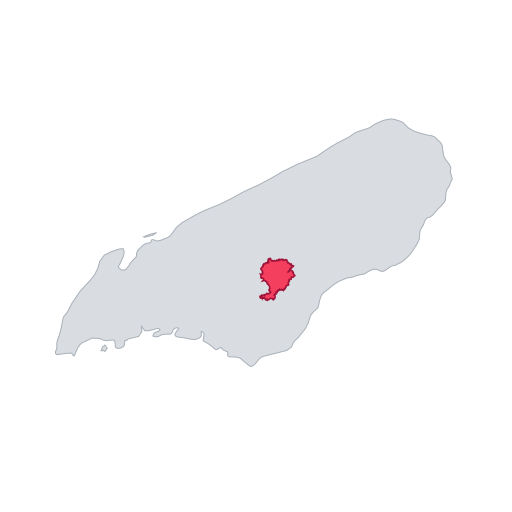 Tsiroanomandidy, Bongolava, Madagascar shown in context, rotated 225°
{"feature_id": "10022922B70813515121555", "entity_name": "Tsiroanomandidy", "entity_type": "district", "adm_level": 2, "iso_a3": "MDG", "parent_name": "Madagascar", "parent_adm1": "Bongolava", "projection": "albers", "projection_center": [45.919, -18.728], "detail": "fine", "context": "in_parent", "style": "filled", "palette": "rose", "viewbox_px": 512, "rotation_deg": 225, "n_neighbors": 0, "source": "geoboundaries", "source_scale": "gbopen_adm2", "svg_char_len": 8889}
<svg xmlns="http://www.w3.org/2000/svg" viewBox="0 0 512 512"><g transform="rotate(225 256 256)"><path d="M337.1,56.5L338.5,59.7L340.1,62.9L345.0,70.6L347.2,73.6L349.0,76.7L349.7,82.9L352.8,92.6L355.5,107.1L356.1,122.0L356.9,128.8L359.1,135.3L362.8,142.0L363.9,149.4L361.3,157.0L357.7,164.1L356.8,165.4L355.1,167.2L354.4,167.1L351.7,165.2L349.6,162.1L346.9,154.9L345.9,151.3L344.8,150.7L341.4,150.9L339.0,153.1L338.5,154.5L338.9,158.6L339.8,162.2L340.1,165.9L340.1,170.6L340.9,172.0L342.2,173.2L343.5,176.2L343.6,183.5L342.7,187.1L340.3,190.2L340.4,191.9L341.2,193.7L340.4,194.8L337.3,196.1L336.0,197.3L334.2,200.4L331.4,206.9L331.0,210.2L332.5,220.4L331.8,227.5L328.1,241.2L326.1,247.7L323.1,255.4L318.7,265.6L314.3,278.4L310.5,291.6L307.7,299.6L304.6,307.4L300.4,321.2L296.7,335.2L291.4,350.6L284.2,367.8L283.4,370.0L281.8,378.8L280.2,386.5L278.2,394.0L274.2,406.5L273.7,410.3L272.8,414.0L269.0,421.8L267.4,424.7L266.2,427.8L265.6,431.7L264.4,435.5L261.6,442.4L257.5,448.4L254.7,450.5L248.7,453.6L245.7,454.3L238.9,454.3L232.4,456.1L225.6,459.6L219.1,463.5L216.6,465.4L213.9,466.5L205.2,466.7L202.7,465.9L194.0,459.4L190.6,458.4L184.3,457.5L182.4,457.0L180.6,456.2L178.0,452.8L172.9,450.0L171.7,449.1L170.9,447.1L170.3,445.0L169.0,442.6L168.0,438.0L166.3,434.9L161.5,429.3L160.9,427.5L160.5,421.5L160.6,417.5L160.0,410.0L160.5,406.6L162.2,403.4L161.4,400.0L159.6,396.4L158.9,392.7L157.6,389.4L152.5,383.4L151.3,380.4L150.4,377.3L148.4,367.7L148.1,364.4L148.3,357.2L149.0,353.6L150.1,351.0L150.4,349.1L151.2,347.5L152.3,346.1L153.1,344.6L154.9,335.4L157.2,333.4L160.7,332.2L163.5,329.8L165.1,326.5L166.7,319.9L171.1,313.3L172.6,309.8L176.2,304.6L179.3,297.2L180.2,293.7L180.9,290.2L181.6,282.4L182.2,278.5L182.1,274.7L180.2,270.7L175.8,263.6L175.6,262.3L175.9,257.0L175.5,253.1L173.8,249.3L171.7,245.7L169.6,239.0L168.5,227.9L168.7,223.8L168.0,220.3L166.5,216.9L167.5,210.9L180.5,189.1L181.0,186.6L180.4,180.0L180.6,176.2L181.1,174.8L182.1,173.9L184.3,173.5L195.1,172.5L196.5,171.8L199.2,170.0L202.9,166.4L204.6,165.4L206.0,165.8L207.0,167.3L208.2,168.1L212.5,166.5L214.2,166.4L215.9,166.7L216.7,165.2L217.2,163.3L217.8,161.9L219.0,161.1L224.6,160.7L228.2,160.1L232.8,158.7L233.8,159.0L237.5,164.0L238.6,164.4L240.1,164.6L241.4,163.7L238.3,161.1L237.9,159.6L238.1,158.0L239.7,154.4L242.4,151.7L248.5,147.6L254.8,142.9L256.6,142.5L258.2,143.3L259.3,148.9L259.2,149.9L260.2,150.0L261.3,149.3L262.4,147.1L262.4,145.2L261.6,143.4L261.2,141.8L261.2,140.4L264.4,137.1L266.9,134.0L268.1,130.2L269.2,128.5L271.8,126.5L272.6,126.8L273.2,128.4L273.5,130.1L272.8,131.8L271.9,133.4L271.4,135.7L272.9,136.1L274.3,135.6L276.4,131.6L278.8,127.8L280.3,125.9L282.0,124.5L285.0,124.8L287.8,125.7L283.2,121.7L282.1,116.2L287.8,106.8L287.8,104.8L288.6,104.2L289.0,103.4L286.2,100.2L285.7,98.6L286.1,96.2L287.5,94.1L288.7,92.6L290.5,92.1L291.9,92.9L295.0,95.6L297.1,96.0L299.6,93.5L301.7,90.4L304.9,88.3L308.4,87.0L313.8,82.1L317.5,71.8L317.8,68.8L317.1,65.1L315.9,61.6L313.9,57.2L314.5,56.3L317.4,56.9L318.4,56.3L321.7,52.5L327.1,45.3L328.9,45.3L330.3,46.7L330.9,48.7L331.9,50.2L335.4,53.8L337.1,56.5ZM299.9,84.9L299.9,86.1L295.9,85.5L295.3,81.6L297.3,81.5L297.7,79.9L298.9,79.7L300.2,83.2L299.9,84.9ZM346.2,196.6L342.7,202.3L343.8,197.5L347.9,190.7L349.0,190.1L346.2,196.6Z" fill="#d9dde1" stroke="#a8b0b8" stroke-width="1"/><path d="M232.8,273.7L233.1,273.1L233.5,272.8L233.3,272.5L233.5,272.3L233.6,272.2L233.9,272.6L234.2,272.7L234.4,272.5L234.6,272.6L234.8,272.1L235.3,272.0L235.7,271.8L235.8,271.6L235.6,271.1L236.0,270.8L236.0,270.6L236.3,270.4L236.9,270.4L237.0,270.2L237.1,270.3L237.5,269.9L237.5,269.7L237.0,269.4L236.6,269.4L236.5,269.0L236.8,268.7L237.0,269.0L237.4,268.8L237.6,268.4L237.3,268.3L237.8,268.0L238.2,268.0L238.0,267.4L237.9,267.3L238.1,267.2L238.5,267.2L238.5,266.6L238.9,266.0L239.3,265.9L239.6,265.7L239.8,265.7L239.7,265.2L240.3,265.0L240.6,264.2L241.1,264.3L241.1,263.9L241.4,263.8L241.4,263.7L241.7,263.8L243.0,263.8L243.8,264.5L244.0,264.4L244.4,264.4L244.7,263.6L245.0,263.0L244.5,263.0L244.3,263.0L244.3,262.8L244.2,262.1L244.6,261.8L244.2,261.4L244.2,261.1L243.9,260.9L243.5,261.1L243.4,261.0L242.8,260.8L243.0,260.8L243.0,260.7L242.7,260.7L242.4,260.4L242.4,259.8L242.5,259.6L243.1,260.2L243.3,260.0L243.5,260.0L243.1,259.4L243.3,259.4L243.3,259.2L243.5,259.0L243.7,258.9L243.9,258.7L243.8,258.4L244.0,258.3L244.1,257.8L244.5,257.5L244.4,257.0L244.2,256.9L244.3,256.8L244.3,256.6L244.6,256.3L244.6,256.1L244.5,255.8L244.9,255.7L244.7,255.4L244.8,255.1L244.8,254.7L244.5,254.5L244.4,254.2L244.0,254.3L243.8,254.0L243.8,253.5L243.6,253.4L243.6,253.2L243.8,253.0L243.7,252.9L243.7,252.4L243.9,251.9L243.7,250.7L243.0,250.3L242.9,250.0L242.3,250.2L240.7,249.9L240.8,249.6L240.6,249.5L239.7,248.9L239.4,248.9L239.6,248.6L238.9,247.9L238.7,247.9L238.6,248.2L238.5,248.3L238.7,248.0L238.6,247.6L238.9,247.2L239.2,247.1L239.4,246.8L239.8,246.5L239.5,246.5L239.5,246.0L239.1,245.9L237.9,245.0L237.8,244.6L237.0,244.6L236.6,244.4L236.7,244.1L236.4,244.1L235.6,244.8L235.5,245.0L235.1,245.2L234.6,245.3L234.4,245.1L234.0,245.0L233.7,244.6L233.8,243.6L233.7,243.0L233.2,244.0L231.9,245.1L231.4,244.9L231.2,245.1L230.8,245.1L230.5,245.3L230.3,245.2L230.1,245.3L229.8,244.9L229.6,244.9L229.2,244.6L228.8,244.7L228.5,244.5L228.4,244.8L228.0,244.5L227.6,244.5L227.4,244.3L226.7,244.4L226.4,244.3L226.1,244.5L224.9,244.1L224.6,243.8L224.4,243.5L223.9,243.2L223.6,242.8L223.2,242.9L223.1,242.7L222.9,242.4L222.9,242.0L223.0,241.8L222.9,241.2L222.4,241.0L222.2,240.7L221.9,240.7L221.8,241.0L221.3,241.0L221.0,240.8L220.8,241.0L220.6,240.9L220.1,241.0L219.9,240.7L220.1,240.3L219.9,239.7L220.4,238.7L220.1,238.3L220.5,237.9L221.0,237.8L221.4,237.2L221.5,237.4L221.8,237.0L222.0,237.0L221.8,236.2L222.0,235.2L222.3,235.0L222.2,234.8L222.4,234.6L222.6,234.5L222.1,234.1L222.3,234.0L222.7,234.1L222.6,233.8L223.4,233.2L223.4,232.6L223.9,232.4L224.1,232.4L223.9,232.1L223.9,231.8L224.3,231.4L224.4,231.2L224.2,231.1L224.2,230.8L224.6,230.6L224.5,230.4L224.6,230.2L224.4,230.0L223.8,229.9L223.8,229.6L223.3,229.6L222.9,230.3L222.8,230.2L222.7,230.3L222.5,230.2L222.4,230.4L222.2,230.3L222.2,230.1L221.9,230.4L222.1,230.9L221.8,230.7L221.9,230.9L221.7,231.1L221.3,231.0L221.1,231.1L221.3,231.3L221.1,231.3L221.0,232.0L220.7,231.9L220.7,231.7L220.4,232.1L220.2,232.0L219.8,231.9L219.6,232.1L219.8,232.3L219.1,232.2L218.6,232.4L218.3,232.1L218.2,232.2L218.3,232.4L217.9,232.4L218.1,232.4L218.0,232.6L217.8,232.6L218.0,232.8L217.7,232.7L217.6,232.9L217.5,232.7L217.4,233.0L216.9,232.9L217.0,233.2L216.5,233.4L216.6,233.7L216.3,234.0L216.1,234.3L216.0,234.8L216.1,235.7L215.9,236.3L215.3,236.5L215.2,236.7L214.6,237.1L214.6,237.5L214.2,237.6L214.0,237.4L213.4,237.1L212.7,237.3L212.6,237.6L212.8,238.0L213.0,238.1L212.8,238.6L212.8,239.3L213.3,239.6L213.3,239.8L213.1,240.0L213.5,240.4L214.0,241.1L214.8,241.5L215.4,241.1L215.6,241.1L215.7,241.3L215.7,242.4L215.0,243.1L215.3,243.3L215.6,243.4L215.6,243.9L215.8,243.9L215.9,244.2L215.8,244.3L215.6,244.4L215.9,244.6L215.6,244.7L215.8,244.9L215.8,245.2L216.0,245.4L216.0,245.5L215.9,245.4L215.9,245.6L216.0,245.8L215.8,245.8L216.0,246.0L215.8,246.5L215.8,247.0L215.6,246.9L215.5,247.3L215.9,247.4L216.0,247.2L216.3,247.7L216.1,247.8L216.0,247.6L215.9,247.8L216.0,247.9L215.8,248.0L215.8,248.4L215.4,248.6L215.5,248.8L215.3,248.7L215.2,249.0L215.2,249.3L214.9,249.3L214.7,249.1L214.4,249.5L214.4,250.1L214.0,250.1L214.0,250.4L214.0,250.5L213.5,250.5L213.6,250.9L213.4,251.0L213.1,251.0L213.4,251.2L213.2,251.5L212.7,251.6L212.7,251.8L212.5,251.7L212.1,252.1L212.2,252.3L212.2,252.9L212.4,253.0L212.4,253.4L212.6,253.5L212.4,253.8L212.6,253.9L212.6,254.1L212.7,254.7L212.8,254.6L212.8,255.0L213.0,255.3L213.4,255.6L213.5,255.8L213.3,256.1L213.5,256.5L213.3,257.3L212.7,257.6L212.5,258.5L212.7,259.0L212.9,259.0L213.2,258.8L213.7,259.4L213.9,259.9L214.4,260.0L214.6,260.2L214.5,261.7L215.0,262.1L215.7,262.1L215.7,262.6L215.9,263.1L215.8,263.5L215.4,263.6L215.2,263.5L214.8,264.5L214.8,264.8L215.0,265.1L215.4,265.3L216.1,266.2L215.9,266.4L215.3,266.7L214.7,267.3L214.8,268.1L214.6,269.6L215.0,269.8L216.2,269.6L216.4,269.7L217.8,270.6L218.0,270.3L218.2,270.2L218.3,270.5L218.6,270.9L219.5,271.1L220.2,271.1L220.8,270.8L221.3,270.8L221.5,270.1L221.6,268.9L221.8,267.8L222.1,267.5L222.1,268.5L222.4,269.0L222.5,270.3L222.7,270.5L222.6,270.8L222.6,271.1L223.0,271.4L223.0,271.7L222.9,271.8L222.7,271.8L222.8,272.0L222.6,272.2L222.9,272.3L222.9,272.5L222.6,272.6L222.6,272.8L222.5,273.4L222.6,273.5L222.6,273.8L222.6,274.1L222.7,274.7L222.6,274.8L222.5,274.6L222.2,274.8L222.4,275.4L222.6,275.2L223.4,275.2L224.7,274.1L225.0,274.3L225.0,274.8L225.4,275.3L225.6,275.1L225.7,274.9L226.1,274.7L226.4,274.2L226.8,274.1L227.3,274.5L228.1,273.7L228.3,274.0L228.9,273.8L228.9,274.1L229.7,274.4L230.8,274.4L231.2,274.9L231.6,275.0L231.8,274.9L232.1,274.5L232.3,274.5L232.3,273.9L232.6,273.6L232.8,273.7Z" fill="#f43f5e" stroke="#9f1239" stroke-width="1.5"/></g></svg>